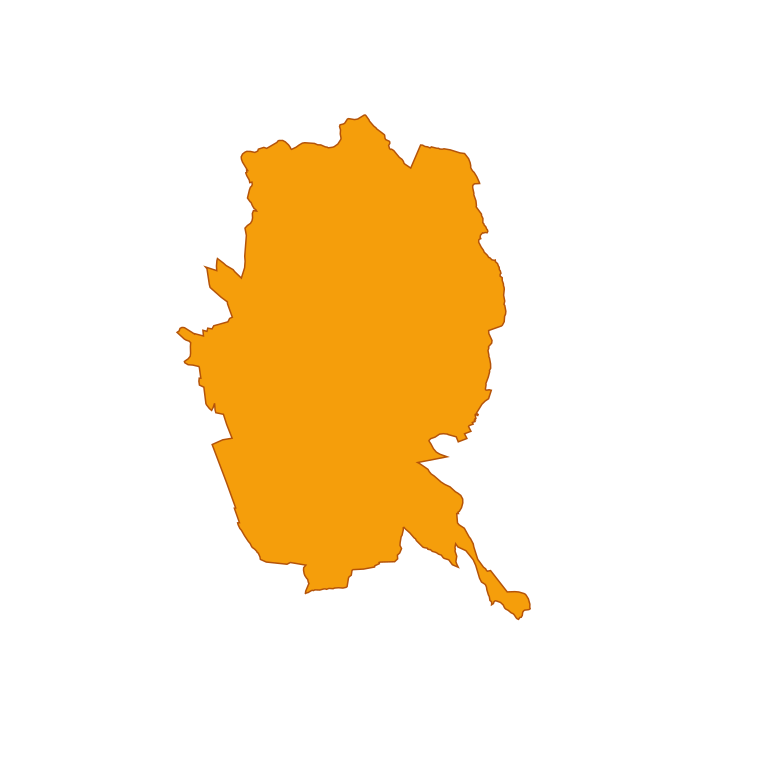 the district of Tlacotepec de Benito Juárez, Puebla, Mexico, rotated 322°
{"feature_id": "50627088B64000676175111", "entity_name": "Tlacotepec de Benito Juárez", "entity_type": "district", "adm_level": 2, "iso_a3": "MEX", "parent_name": "Mexico", "parent_adm1": "Puebla", "projection": "equal_earth", "projection_center": [-97.63, 18.634], "detail": "fine", "context": "isolated", "style": "filled", "palette": "amber", "viewbox_px": 768, "rotation_deg": 322, "n_neighbors": 0, "source": "geoboundaries", "source_scale": "gbopen_adm2", "svg_char_len": 6171}
<svg xmlns="http://www.w3.org/2000/svg" viewBox="0 0 768 768"><g transform="rotate(322 384 384)"><path d="M360.8,651.1L361.4,649.7L363.4,647.3L365.5,642.2L366.0,637.8L365.9,636.6L365.4,635.4L362.2,630.9L359.3,628.2L353.1,623.7L353.1,596.6L350.2,595.2L350.0,593.8L350.3,592.2L349.6,589.6L349.9,579.9L354.5,567.6L355.9,564.9L357.0,558.9L356.9,557.1L358.5,547.1L356.5,541.3L356.4,538.7L361.5,530.9L362.9,531.9L363.3,530.6L365.0,530.7L368.9,529.2L372.9,526.2L375.2,523.1L375.9,519.1L375.0,515.6L373.9,512.8L372.7,505.7L370.1,500.6L368.6,496.3L366.9,487.4L365.8,484.0L365.7,480.9L366.1,478.3L363.1,468.7L362.2,466.6L388.9,480.2L384.8,473.7L383.3,469.9L383.1,465.5L384.1,460.0L384.3,457.0L384.7,456.2L387.1,455.8L391.5,457.3L396.9,457.7L400.2,459.7L403.3,462.7L403.3,463.2L408.4,470.1L406.9,475.3L415.8,478.0L416.8,472.8L423.4,474.8L424.4,469.6L425.6,469.2L429.5,470.5L429.9,468.7L432.6,469.6L432.9,468.2L433.9,468.6L434.2,467.5L435.2,467.8L436.8,464.4L437.2,464.2L438.5,466.5L439.4,466.0L438.8,463.9L448.8,460.2L453.3,459.7L457.3,460.0L464.7,455.0L463.3,453.3L461.0,452.0L460.5,451.1L460.9,450.3L463.9,447.5L464.5,446.4L470.5,442.7L474.8,439.4L475.5,438.2L477.7,437.3L480.4,433.7L483.1,428.5L483.6,426.7L484.4,425.9L486.5,421.7L488.9,420.1L489.0,419.3L489.5,418.9L494.0,418.1L495.9,416.2L497.7,408.7L499.4,406.3L512.3,410.6L513.6,410.5L517.1,408.9L520.7,404.9L522.8,403.8L524.8,401.7L527.5,396.5L527.6,395.1L530.2,393.0L532.9,387.7L537.1,383.4L538.1,381.8L538.7,380.1L539.8,378.5L540.9,375.2L542.6,373.0L541.9,370.5L543.1,369.0L544.3,368.8L545.3,366.4L545.3,365.0L546.7,362.8L546.7,361.7L547.6,359.0L547.1,356.3L548.0,354.8L547.1,354.5L545.5,352.6L545.1,349.5L544.4,348.7L544.7,346.1L544.1,341.8L544.7,339.7L544.9,335.8L545.9,330.6L547.4,328.8L548.7,328.6L549.6,329.1L549.9,328.9L550.0,327.6L551.7,326.1L554.8,325.6L555.3,326.3L557.0,326.9L558.4,328.3L559.8,327.6L560.4,326.2L560.3,325.1L561.0,322.8L560.8,320.4L561.3,319.2L561.2,317.7L563.9,314.4L564.5,311.4L565.4,310.1L565.7,301.1L566.7,300.3L569.2,296.3L571.3,290.1L572.3,289.0L574.7,284.0L576.1,282.2L578.5,281.9L582.8,284.9L583.2,284.0L584.7,277.8L585.3,272.8L585.0,270.8L585.2,268.4L585.7,266.5L586.6,265.6L588.1,262.7L589.4,258.5L589.4,252.0L586.1,248.6L580.4,240.3L576.1,235.6L574.4,234.8L572.6,233.1L572.1,231.8L570.7,230.7L567.3,226.3L565.6,226.3L564.4,224.0L562.5,222.0L561.5,219.6L560.0,218.2L538.0,230.3L535.8,223.5L535.7,222.2L536.3,220.6L536.5,218.1L535.6,214.7L535.4,206.1L534.8,204.3L534.4,203.5L533.6,203.2L533.3,201.9L534.5,198.9L536.7,198.0L537.6,196.7L537.6,195.9L535.9,192.6L536.0,191.1L537.7,188.3L537.7,187.5L535.3,178.4L535.4,177.3L534.7,174.4L534.4,167.9L534.8,166.6L535.0,161.2L534.8,160.5L534.0,159.9L526.3,159.0L523.6,157.5L519.5,153.1L518.3,152.7L513.6,154.3L512.1,154.1L509.0,152.7L507.5,153.7L506.2,157.0L503.5,160.0L501.5,163.8L500.5,164.7L495.3,166.5L490.8,166.3L489.3,165.8L485.5,163.6L485.0,162.3L483.8,161.1L481.4,156.7L479.0,154.7L477.3,151.6L470.1,145.1L467.9,143.9L464.1,143.4L460.6,143.3L455.6,142.2L455.4,140.9L455.8,140.1L456.0,136.8L455.3,132.4L454.1,129.7L451.2,127.5L450.2,127.2L448.3,127.7L436.6,126.1L435.0,123.6L430.8,122.0L429.6,121.6L427.8,122.7L424.8,122.0L421.9,118.5L419.1,116.2L417.1,115.7L414.1,115.7L411.3,117.1L410.1,119.0L409.1,122.1L408.0,131.7L407.3,131.0L406.3,132.7L405.2,132.4L404.9,132.9L404.1,135.5L403.4,140.3L402.2,142.7L404.2,143.6L403.1,145.6L401.5,146.6L399.9,146.7L397.6,148.1L390.9,153.4L390.7,158.0L391.0,159.1L390.1,162.4L389.7,165.5L390.3,168.0L390.1,169.3L387.9,167.0L385.2,168.6L382.7,172.2L380.5,174.1L377.7,175.2L373.9,175.0L370.4,175.6L367.0,182.2L352.9,197.6L350.1,201.8L345.7,206.6L336.8,212.7L335.5,203.5L335.5,201.0L332.5,193.4L331.9,189.9L330.0,182.6L328.2,184.0L324.6,187.9L322.0,191.7L315.4,181.9L315.5,184.1L307.6,198.1L306.4,200.9L309.1,215.5L311.1,222.8L310.0,224.6L305.6,238.0L302.7,237.3L299.3,238.9L285.7,233.3L282.4,234.7L279.5,231.5L276.9,233.5L274.4,230.2L271.3,235.0L265.8,227.8L265.5,228.0L261.5,216.9L260.6,215.9L259.5,215.0L257.7,214.6L256.7,215.0L255.5,216.0L252.7,215.9L254.3,225.6L255.1,227.6L256.8,230.2L257.1,232.4L254.5,235.3L250.5,240.7L248.3,242.9L245.1,243.6L240.6,243.3L240.1,244.6L241.5,248.2L245.0,251.4L248.7,256.0L248.8,257.0L243.2,266.7L242.0,265.6L239.8,267.9L237.9,271.2L240.1,275.6L231.6,289.8L231.3,291.1L231.3,295.9L231.9,298.7L235.0,297.3L238.6,294.9L234.9,300.5L233.8,303.1L238.8,309.0L235.1,319.1L230.9,333.2L222.6,328.7L211.3,325.9L199.3,364.5L190.8,390.4L189.6,389.7L184.7,404.3L183.2,403.3L182.4,405.1L181.5,409.1L181.6,411.5L180.7,417.7L180.2,424.3L180.3,427.3L179.6,430.6L179.6,431.8L180.4,434.5L180.7,437.5L180.4,438.6L180.8,439.9L179.8,443.9L178.6,446.1L181.6,451.8L196.6,466.3L200.3,467.0L210.9,478.6L207.6,479.3L206.0,481.1L204.3,484.3L203.7,486.2L203.4,489.7L203.6,490.9L202.3,493.6L202.1,494.9L194.8,499.0L193.2,500.6L192.5,500.6L194.6,501.0L195.7,501.6L199.6,502.1L200.4,502.4L201.3,503.4L202.7,503.6L206.5,506.8L210.3,508.4L211.5,509.2L212.3,510.4L214.8,511.2L217.9,514.0L219.3,514.3L222.8,516.6L226.0,519.5L228.9,520.9L230.2,520.9L236.6,515.0L237.7,514.5L240.5,514.5L244.0,511.2L245.3,511.2L254.0,517.3L263.9,522.4L264.9,521.6L269.7,522.7L270.2,521.6L271.5,522.1L283.0,530.6L287.1,530.2L289.2,527.1L292.4,526.8L296.5,524.5L297.2,521.0L299.2,518.8L303.5,514.9L305.1,514.3L309.3,510.9L310.7,509.1L311.5,509.3L311.6,511.4L312.7,517.2L313.0,523.8L313.5,525.4L313.1,527.3L314.2,536.4L314.8,537.5L317.0,540.0L317.1,540.6L316.8,541.1L317.7,542.4L318.6,543.1L319.0,545.6L320.5,547.6L321.5,549.3L322.2,551.6L323.8,554.1L323.7,557.2L324.0,558.4L326.8,562.4L326.6,568.5L329.7,574.1L330.4,570.8L331.3,568.2L335.3,564.5L337.1,559.3L338.5,558.1L339.2,556.6L342.1,554.0L341.9,557.9L345.9,565.7L346.1,577.4L344.6,583.4L339.7,595.9L338.9,600.0L340.2,603.7L340.3,604.9L339.7,607.1L338.3,609.6L336.4,614.5L336.1,616.3L334.2,619.8L334.6,621.5L334.1,622.8L332.8,624.2L335.0,624.4L336.4,623.4L338.1,623.3L338.8,623.9L341.3,627.8L341.9,631.5L341.2,634.5L341.3,636.1L342.5,638.8L343.3,642.5L344.3,644.5L344.5,645.7L344.2,649.8L344.4,651.0L345.1,652.3L347.3,651.6L348.5,652.3L350.5,651.5L352.7,649.3L354.5,648.7L355.6,648.8L359.3,651.0L360.8,651.1Z" fill="#f59e0b" stroke="#b45309" stroke-width="1.5"/></g></svg>